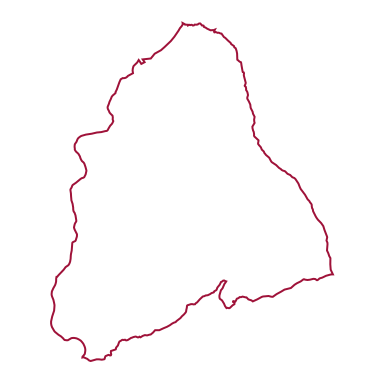 Turnu Rosu, Sibiu, Romania (orthographic projection)
{"feature_id": "2599482B72596568655749", "entity_name": "Turnu Rosu", "entity_type": "district", "adm_level": 2, "iso_a3": "ROU", "parent_name": "Romania", "parent_adm1": "Sibiu", "projection": "orthographic", "projection_center": [24.318, 45.612], "detail": "fine", "context": "isolated", "style": "outline", "palette": "rose", "viewbox_px": 384, "rotation_deg": 0, "n_neighbors": 0, "source": "geoboundaries", "source_scale": "gbopen_adm2", "svg_char_len": 5872}
<svg xmlns="http://www.w3.org/2000/svg" viewBox="0 0 384 384"><path d="M82.4,357.5L83.3,357.3L83.9,357.4L87.3,358.9L89.2,360.5L90.7,361.0L96.7,359.3L98.8,359.3L101.8,359.7L104.1,359.3L104.7,358.8L104.9,357.6L105.4,356.3L105.8,356.0L108.4,354.9L109.0,355.0L109.8,355.4L110.7,355.4L110.9,355.3L111.2,354.4L110.8,352.3L111.0,351.0L115.7,349.4L115.9,349.0L116.1,347.6L117.9,345.5L119.0,342.4L119.5,341.5L120.8,340.8L122.1,339.9L122.7,339.8L123.9,340.0L125.0,339.7L125.9,340.3L126.9,340.3L128.0,339.9L131.1,337.9L132.2,337.6L133.3,337.1L135.3,336.6L135.9,336.6L137.8,337.4L138.7,337.3L139.4,336.7L140.5,337.3L142.7,335.9L144.9,335.1L147.1,335.4L149.4,334.7L150.7,334.5L153.0,332.6L155.1,330.2L159.3,330.2L163.4,328.3L167.0,326.8L169.9,325.2L172.1,323.6L173.8,322.7L175.6,322.1L176.6,321.0L180.4,318.1L181.9,316.3L184.0,314.4L185.7,312.4L186.1,311.5L186.3,309.9L186.8,307.8L187.0,305.9L187.4,305.3L191.1,304.1L192.3,304.1L193.5,304.4L195.1,304.2L195.7,303.3L197.1,302.4L199.8,299.3L202.8,296.5L204.5,296.1L205.5,295.5L207.8,295.2L210.1,294.1L211.5,293.1L213.7,292.4L213.9,292.2L214.0,291.7L214.4,291.2L216.2,290.2L216.6,289.7L217.4,287.5L219.7,284.7L220.6,282.9L220.9,282.1L222.3,281.4L223.2,280.6L224.2,280.5L225.5,281.2L226.2,281.4L225.6,282.4L224.5,283.8L222.5,288.4L220.9,290.3L219.5,295.2L219.4,296.1L219.5,297.7L219.7,298.4L220.1,299.0L221.8,300.2L222.2,300.7L224.0,303.6L225.0,306.0L226.4,308.0L226.5,308.1L227.1,307.8L229.1,308.2L229.9,307.9L232.6,305.3L234.4,304.2L234.5,302.9L234.2,302.5L233.1,302.0L233.0,301.6L233.2,301.2L233.6,301.1L234.9,301.5L235.4,301.5L236.2,300.1L236.6,299.1L237.2,298.5L238.1,298.3L239.0,297.7L239.6,297.1L241.2,297.1L242.6,296.6L245.7,297.4L246.5,297.4L248.4,299.4L251.5,300.4L252.8,301.4L257.2,299.4L261.8,296.9L263.0,296.5L268.6,296.0L271.2,296.7L272.8,296.8L276.6,294.1L281.2,291.6L284.5,289.6L290.9,288.0L294.5,284.8L296.8,283.3L300.7,281.4L303.5,279.3L304.4,279.3L304.9,279.6L307.4,280.0L309.9,279.7L313.1,278.9L314.2,278.9L315.4,279.1L316.7,280.1L317.5,280.1L318.1,279.7L319.6,278.4L322.3,277.6L326.0,275.8L330.3,274.6L331.8,274.4L332.9,274.4L330.7,269.7L330.3,264.3L330.4,258.1L329.3,256.2L328.2,253.0L327.0,250.5L327.5,244.2L327.4,242.6L326.5,240.6L327.2,237.2L327.0,236.5L324.5,230.0L323.3,226.1L321.1,223.0L317.9,219.7L316.8,218.2L315.8,216.6L313.1,211.2L312.8,209.3L312.2,208.4L311.8,206.6L311.7,204.8L311.3,203.9L310.0,202.3L309.3,201.0L307.6,199.3L305.0,194.7L300.7,189.0L299.9,187.3L298.4,183.5L295.4,179.0L294.3,178.0L292.3,177.2L290.2,175.0L287.5,173.8L285.2,171.4L284.4,171.0L282.9,170.6L281.6,169.9L280.9,169.1L279.0,167.9L276.2,165.1L271.7,162.1L271.0,161.1L269.2,157.7L265.9,154.9L265.2,153.9L264.5,153.2L263.8,151.5L261.8,149.6L261.0,147.6L260.5,146.8L259.1,145.3L258.1,143.9L258.1,143.2L258.5,140.7L258.5,140.3L254.3,136.4L254.0,135.3L254.1,134.2L253.7,131.8L253.1,130.6L252.7,129.0L252.5,128.2L252.4,126.6L254.6,122.9L254.3,121.8L254.1,119.7L254.6,116.8L253.0,113.7L252.6,111.7L251.1,108.8L250.6,107.6L250.3,104.6L248.9,101.5L247.3,98.7L247.3,97.4L247.9,95.5L248.0,95.0L247.4,92.2L246.7,90.9L246.1,90.0L246.1,88.2L245.7,86.7L245.0,86.3L244.7,85.8L245.6,83.6L245.7,82.7L244.1,76.6L243.8,75.1L244.0,73.2L243.7,72.4L242.8,72.1L242.6,71.5L241.5,65.3L241.2,63.1L240.9,62.2L240.0,61.9L238.8,61.0L238.1,60.3L237.3,59.7L237.1,53.6L236.6,51.0L235.7,48.3L234.3,47.3L234.0,46.1L231.2,44.1L230.6,42.9L227.9,40.5L225.3,37.9L223.9,37.0L221.5,33.6L220.5,33.5L218.8,32.7L217.5,32.8L215.7,32.0L214.6,32.4L214.3,32.3L214.1,31.7L214.1,31.2L214.9,29.6L213.1,30.3L212.6,30.1L210.6,30.3L207.0,28.6L205.6,27.6L203.9,26.9L203.8,26.7L203.7,25.9L203.6,25.7L202.7,25.4L202.0,25.5L200.5,23.7L200.0,23.4L198.6,23.7L197.7,24.5L196.2,24.7L194.7,24.6L193.8,25.4L192.8,25.5L192.0,24.9L191.2,24.8L190.3,25.1L189.4,24.8L188.1,25.4L188.1,24.8L185.0,24.6L184.8,24.5L184.8,24.2L182.6,23.0L182.8,24.3L181.7,26.1L180.0,28.1L178.5,30.7L174.4,36.7L170.8,41.1L164.5,47.1L161.0,50.2L154.7,53.7L150.8,58.5L142.7,59.4L144.6,62.2L141.3,63.9L139.7,61.4L138.7,60.0L137.2,62.5L133.8,65.8L133.4,66.4L132.8,68.6L132.7,69.7L132.6,70.6L133.0,73.2L128.1,75.8L127.6,76.2L127.4,76.6L125.7,77.8L123.9,78.2L122.7,78.1L120.7,79.3L119.4,82.2L116.8,89.5L115.5,92.2L115.6,92.7L115.4,93.2L112.6,95.6L111.7,96.8L110.8,99.1L109.5,101.8L108.9,103.8L107.7,106.7L107.6,107.8L107.9,109.0L109.1,111.3L109.5,112.5L110.8,114.0L112.5,115.6L112.8,117.3L112.7,119.6L113.3,121.1L112.5,122.9L111.8,124.0L110.2,125.7L108.4,128.7L107.8,130.0L107.1,130.7L106.7,130.9L105.3,131.1L101.2,132.1L96.9,132.5L91.8,133.7L85.9,134.6L81.7,135.8L80.6,136.3L78.6,137.8L77.9,138.6L77.4,139.5L76.5,141.8L75.1,143.8L74.8,144.4L74.6,146.1L74.6,147.2L74.8,148.2L74.8,149.5L74.9,149.9L75.9,151.5L78.4,153.8L79.9,156.4L80.5,158.4L81.4,160.2L82.0,161.1L83.7,162.6L84.4,163.8L85.5,167.0L86.4,170.4L86.4,171.0L85.6,174.5L84.2,177.2L83.4,177.7L81.7,178.2L80.5,179.0L75.9,182.8L72.7,185.0L72.2,185.8L71.6,187.5L70.6,189.1L70.4,189.9L70.9,193.3L71.1,196.7L71.3,198.8L71.4,200.3L72.6,203.9L73.2,207.8L73.2,209.2L73.5,211.0L74.0,212.0L74.5,212.6L75.5,215.4L76.2,219.9L76.3,220.9L76.2,221.5L75.3,222.9L74.7,224.2L74.1,226.8L74.0,227.6L74.6,229.5L76.9,234.1L77.0,234.7L76.9,236.5L75.7,240.4L75.3,241.0L73.0,242.1L72.6,242.4L72.3,242.9L71.7,250.6L71.0,253.9L70.8,255.5L70.6,258.9L70.1,261.7L69.4,263.6L68.4,265.2L65.6,267.1L63.7,269.7L58.3,275.4L57.1,276.9L56.5,276.9L56.2,278.4L56.1,281.6L55.6,283.7L55.1,285.1L53.3,288.3L51.9,291.4L51.6,294.0L51.7,295.2L52.1,296.6L53.4,299.8L54.1,302.9L54.5,305.1L54.4,307.0L54.1,310.7L52.2,316.5L51.1,321.4L51.1,323.6L51.4,325.3L52.0,327.1L54.3,331.1L55.0,331.9L58.5,334.8L60.9,336.3L63.3,338.5L63.8,339.3L64.7,340.0L67.0,340.3L67.9,340.2L71.3,338.2L72.1,338.0L73.9,337.9L76.3,338.3L77.6,338.8L79.3,339.7L80.8,340.7L81.9,341.9L83.3,343.7L84.6,346.5L85.1,348.1L85.3,349.5L85.3,350.8L84.8,353.9L83.3,355.9L82.6,356.5L82.5,356.8L82.4,357.5Z" fill="none" stroke="#9f1239" stroke-width="2"/></svg>